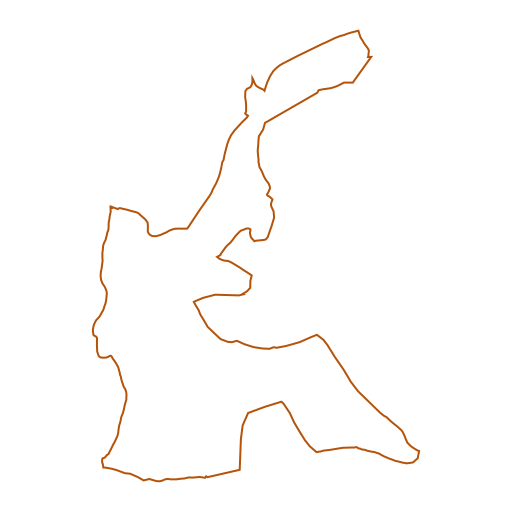 Marisule, Gros Islet, Saint Lucia
{"feature_id": "8701671B53143424756117", "entity_name": "Marisule", "entity_type": "district", "adm_level": 2, "iso_a3": "LCA", "parent_name": "Saint Lucia", "parent_adm1": "Gros Islet", "projection": "albers", "projection_center": [-60.968, 14.046], "detail": "fine", "context": "isolated", "style": "outline", "palette": "amber", "viewbox_px": 512, "rotation_deg": 0, "n_neighbors": 0, "source": "geoboundaries", "source_scale": "gbopen_adm2", "svg_char_len": 6046}
<svg xmlns="http://www.w3.org/2000/svg" viewBox="0 0 512 512"><path d="M252.4,78.1L252.4,82.5L251.5,85.4L250.3,87.2L248.4,88.2L247.0,88.8L245.4,91.1L245.1,97.2L245.8,101.3L246.1,105.2L246.1,111.6L245.2,113.3L245.6,114.1L248.0,115.7L246.6,117.8L242.0,122.3L238.7,125.9L234.6,130.4L231.1,135.1L229.5,138.3L228.5,140.6L227.2,144.4L224.8,153.6L223.5,160.1L222.2,162.4L221.3,167.6L220.0,173.0L218.7,177.3L216.1,183.4L212.8,189.4L211.4,192.8L209.5,196.0L199.6,210.1L188.0,227.6L187.2,228.6L183.3,228.7L178.4,228.6L174.8,228.8L172.8,229.3L169.5,230.5L166.8,232.1L165.2,232.9L163.2,233.7L160.9,234.8L158.6,235.5L156.4,236.1L154.5,236.2L152.1,236.0L150.2,235.0L148.6,233.3L147.8,231.7L147.8,229.4L147.9,226.9L147.8,224.5L147.5,222.3L145.1,219.2L140.5,215.2L139.0,213.6L137.0,212.5L135.2,211.9L131.8,211.2L127.7,209.9L122.5,208.7L119.9,208.1L118.1,208.6L117.8,209.1L111.3,206.7L111.7,208.0L110.9,207.9L110.5,207.6L110.7,210.9L110.7,211.6L109.6,216.8L109.5,218.5L108.7,222.8L108.6,226.2L108.6,227.2L108.5,228.9L108.3,230.1L107.3,232.6L106.6,236.1L106.2,237.2L106.0,238.4L105.3,240.6L104.8,241.3L103.6,244.1L103.1,246.1L102.7,250.9L102.4,252.4L102.4,257.1L102.5,259.4L102.6,260.3L102.5,261.7L101.5,269.2L101.1,270.6L100.8,272.7L100.6,275.5L100.8,277.8L101.2,280.2L101.5,280.9L102.1,282.7L103.3,284.7L103.9,285.5L105.0,287.3L106.4,290.7L106.6,291.7L106.8,293.5L106.7,295.2L106.0,301.2L105.3,304.0L104.4,306.3L103.7,308.8L103.2,310.0L102.6,311.2L102.1,311.9L101.0,314.1L99.8,316.1L98.7,317.6L96.6,319.7L95.8,320.8L94.1,324.3L93.9,324.7L93.3,327.3L93.0,329.0L92.9,330.2L93.1,332.6L93.5,335.0L94.0,335.5L96.1,336.6L96.6,337.3L97.0,338.1L97.0,340.9L96.9,344.7L97.2,351.5L98.3,354.9L98.6,355.7L99.0,356.3L99.7,357.0L100.7,357.4L102.4,357.7L104.2,357.7L105.5,357.6L107.2,357.3L110.0,355.8L110.8,355.8L111.1,355.9L111.9,356.9L112.5,358.1L113.0,358.9L114.8,361.4L116.5,364.1L117.8,366.5L118.3,367.6L118.6,368.7L119.1,370.5L119.5,371.8L120.1,375.0L120.7,376.2L121.0,377.5L121.5,380.1L123.5,386.1L124.1,387.5L124.9,388.5L125.6,390.0L126.2,392.1L126.4,393.9L126.5,395.6L126.3,397.3L126.4,398.7L126.3,399.7L125.9,401.1L125.4,402.8L124.9,404.4L124.1,408.2L123.8,409.6L123.5,410.9L123.2,411.7L123.1,412.6L121.2,417.3L120.9,418.6L120.8,419.9L119.9,423.4L119.6,424.1L118.9,426.8L118.9,427.4L118.7,428.3L118.2,432.8L117.6,435.4L116.9,437.1L114.5,442.3L114.2,442.9L113.3,444.3L110.5,450.1L109.1,452.7L109.0,453.2L108.5,454.0L107.7,454.6L106.9,455.0L106.0,456.2L105.8,456.4L105.3,457.0L105.0,457.4L104.6,457.7L103.2,458.2L102.9,458.2L102.3,458.9L102.1,460.4L102.1,461.8L102.2,462.4L102.8,464.1L103.3,467.5L104.5,467.5L108.4,468.1L111.8,468.8L116.4,470.0L124.9,473.2L130.1,473.7L137.9,477.1L143.5,480.4L149.6,479.0L150.6,479.4L155.4,480.8L157.5,481.2L159.2,481.3L161.5,480.9L165.6,479.2L167.9,478.9L170.5,479.3L176.6,479.3L181.1,478.7L184.3,478.5L187.9,477.6L189.9,477.4L192.2,477.6L197.5,477.2L199.5,476.9L205.0,477.8L206.2,476.3L207.4,477.2L239.7,469.8L240.9,438.9L242.7,425.3L248.1,413.0L264.9,406.8L281.4,401.7L283.6,403.7L289.9,413.2L293.9,422.0L299.1,430.8L305.0,440.3L309.9,446.4L316.5,452.1L321.0,451.4L322.8,450.8L323.8,450.6L327.0,450.2L330.5,449.8L335.2,449.0L342.7,447.8L351.9,447.5L354.6,447.5L356.3,447.1L357.4,447.6L358.7,448.5L359.9,448.5L361.2,449.2L362.5,449.6L363.7,449.6L365.5,450.0L366.8,450.6L368.0,450.9L369.2,451.2L371.1,451.5L372.4,451.9L373.9,451.9L375.1,452.3L377.0,453.0L378.1,453.2L379.4,453.8L382.0,455.3L384.3,456.5L387.5,457.8L388.3,458.2L389.8,458.8L392.5,459.7L394.8,460.7L400.7,462.1L402.2,462.6L405.1,463.0L406.5,463.4L407.7,463.1L408.7,463.1L413.1,462.4L415.6,460.1L417.7,458.3L419.1,451.0L418.1,450.7L416.5,449.9L413.0,447.7L410.7,446.0L409.5,444.9L408.6,443.9L407.3,442.6L406.1,439.8L405.7,438.9L405.1,437.2L404.0,434.7L402.6,431.8L401.3,430.1L400.7,429.5L399.7,428.7L397.4,426.6L395.9,425.4L391.8,422.1L388.5,419.1L386.5,417.1L383.8,415.7L380.1,412.7L358.2,391.4L350.9,381.9L343.5,369.5L334.6,356.6L327.5,345.1L323.4,339.8L316.9,334.8L310.7,337.3L299.5,342.2L286.0,346.0L276.5,347.8L273.9,347.2L269.4,348.8L262.6,348.5L253.5,347.1L244.7,344.3L236.9,340.8L231.8,342.2L227.7,341.8L220.6,339.1L214.2,333.1L207.7,326.9L202.7,318.3L201.0,315.7L200.2,314.2L199.9,313.5L198.7,310.3L195.6,305.2L193.8,301.9L195.6,301.0L203.0,297.9L215.2,294.7L238.9,295.4L243.0,294.4L242.3,294.1L247.1,291.2L250.2,287.9L250.4,280.7L251.7,275.4L245.8,271.5L243.5,270.1L239.9,267.6L234.3,264.2L231.6,262.6L230.1,261.8L228.1,261.0L223.8,260.5L221.5,259.7L219.0,258.5L218.1,257.6L217.1,256.9L220.5,255.0L220.6,254.2L221.4,253.1L225.5,247.4L227.8,244.9L230.5,242.5L231.6,241.1L232.1,240.6L234.9,236.8L236.8,234.6L238.8,232.5L240.8,230.7L242.0,230.2L243.0,230.0L245.3,228.9L246.7,228.5L248.2,228.4L249.7,228.9L250.4,229.4L250.5,230.1L250.1,231.6L250.0,232.6L250.1,234.0L250.3,234.9L250.9,237.1L251.6,238.2L253.0,239.6L253.7,240.5L254.3,241.2L255.0,240.9L256.1,240.7L263.3,240.0L264.9,239.7L266.0,239.3L267.6,237.3L268.0,236.4L270.4,229.4L271.4,226.7L274.1,217.7L273.6,211.4L271.4,206.7L271.0,205.2L271.0,204.1L271.3,203.0L271.4,202.2L272.3,200.1L272.4,199.3L272.0,198.9L270.2,197.2L268.2,195.9L267.6,195.6L267.3,195.2L267.0,194.8L267.1,194.2L268.3,192.3L269.4,189.8L270.0,188.6L270.0,187.9L269.6,186.1L269.1,184.6L268.6,183.5L265.9,179.9L265.0,178.4L264.0,176.5L261.8,171.3L259.4,166.9L259.0,164.1L258.8,163.2L258.4,161.5L258.6,160.2L257.9,153.8L257.7,150.7L258.3,144.0L258.5,140.2L258.9,136.2L259.9,134.7L262.0,131.3L262.8,130.1L263.3,128.9L265.0,122.9L317.3,92.7L318.6,90.2L322.8,89.3L329.9,88.3L331.8,87.9L336.3,86.4L338.0,85.7L344.0,82.6L352.8,82.6L371.2,56.9L368.0,57.0L368.4,55.8L368.6,52.8L368.9,51.8L368.8,50.8L368.5,49.5L367.5,47.9L364.1,43.3L362.9,41.1L361.2,38.5L360.3,36.9L358.9,32.5L358.4,30.7L351.3,32.5L348.0,33.5L344.0,35.0L341.4,35.7L339.3,36.3L334.4,38.3L325.7,42.5L323.0,43.6L318.7,45.7L315.6,47.2L298.7,55.4L291.8,58.9L282.9,63.5L279.8,65.3L276.3,68.1L273.2,71.2L270.0,76.3L267.3,82.1L265.7,86.9L264.5,90.8L263.2,89.5L260.8,88.5L258.5,87.3L256.5,86.0L255.8,85.2L254.8,83.6L252.9,79.0L252.4,78.1Z" fill="none" stroke="#b45309" stroke-width="2"/></svg>